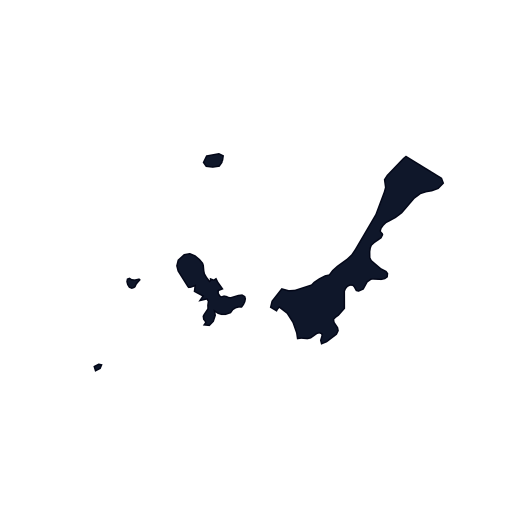 SVG path tracing the border of Livorno, rotated 56°
{"feature_id": "ITA-5380", "entity_name": "Livorno", "entity_type": "Province", "adm_level": 1, "iso_a3": "ITA", "parent_name": "Italy", "parent_adm1": "", "projection": "albers", "projection_center": [10.397, 42.98], "detail": "fine", "context": "isolated", "style": "filled", "palette": "ink", "viewbox_px": 512, "rotation_deg": 56, "n_neighbors": 0, "source": "natural_earth", "source_scale": "10m", "svg_char_len": 2457}
<svg xmlns="http://www.w3.org/2000/svg" viewBox="0 0 512 512"><g transform="rotate(56 256 256)"><path d="M347.7,267.7L342.5,265.2L331.8,262.4L320.9,262.1L311.2,265.3L312.2,268.4L312.9,269.6L306.7,272.5L302.5,267.9L297.7,253.0L303.2,248.3L306.4,242.8L311.2,226.1L310.4,222.5L310.4,216.2L311.2,209.7L312.8,205.8L311.0,200.6L310.1,194.3L309.7,182.0L308.7,175.9L306.2,169.8L288.7,133.3L274.8,113.8L271.7,110.2L264.6,106.7L262.6,102.0L257.7,79.2L257.4,76.0L295.3,58.8L300.3,60.0L301.8,67.2L300.2,73.7L297.8,79.0L296.1,84.8L296.5,92.7L301.6,111.1L302.0,118.9L300.9,129.7L301.6,133.5L302.9,136.9L304.7,139.0L305.8,139.3L308.1,138.9L309.1,139.2L310.8,142.2L310.9,150.5L311.5,154.4L313.2,156.8L315.9,159.3L321.1,162.7L324.3,163.1L336.2,159.8L341.5,156.9L344.1,156.8L346.6,158.9L346.7,161.9L345.4,165.2L340.2,172.2L339.5,173.7L339.6,178.4L343.3,185.6L342.4,190.6L340.7,192.1L336.3,191.7L334.3,192.1L332.6,194.4L332.2,197.3L333.0,200.1L334.5,202.4L348.8,212.0L350.2,217.3L351.1,220.8L351.2,224.3L351.8,227.2L354.7,228.5L361.0,228.5L363.8,229.7L365.8,233.1L366.5,245.4L365.4,250.7L362.1,249.5L358.9,245.6L357.1,244.9L355.0,246.5L354.2,248.8L354.4,256.5L353.2,259.6L349.3,264.4L347.7,267.7ZM290.2,296.5L288.6,298.7L287.5,301.8L287.4,305.3L288.7,308.8L287.3,313.9L285.1,317.2L282.2,319.5L278.2,321.1L282.4,323.0L286.2,327.9L287.4,333.5L284.1,337.5L283.1,334.8L281.4,334.5L279.2,334.7L276.5,333.4L275.6,331.8L273.4,326.4L272.8,325.2L269.9,323.4L266.9,320.7L264.1,320.7L261.6,327.3L259.6,322.2L250.9,326.8L246.5,322.9L245.3,327.6L244.3,329.4L243.1,329.5L224.9,328.9L219.9,327.1L216.0,322.8L214.8,314.8L217.1,309.6L221.8,306.5L227.4,304.9L232.1,304.4L234.3,305.0L239.2,307.7L241.9,308.8L245.9,309.1L251.1,308.8L250.9,307.3L250.7,307.0L250.4,307.0L249.6,306.5L252.5,304.5L252.5,302.2L252.5,301.9L256.3,302.4L264.5,302.2L263.5,306.6L265.8,308.3L269.0,308.4L270.6,307.7L271.4,304.9L273.1,303.2L275.1,302.0L276.5,300.4L278.9,292.7L280.6,289.4L283.4,288.1L285.5,288.8L287.5,290.8L289.1,293.5L290.2,296.5ZM157.7,230.0L158.1,230.6L158.6,231.4L159.3,232.0L160.9,236.3L158.1,242.1L153.8,247.1L149.1,247.2L145.5,241.0L150.5,229.6L154.6,227.2L157.7,230.0ZM212.4,371.4L213.4,372.9L213.8,373.7L213.8,375.0L213.2,377.0L211.1,378.4L208.0,378.3L205.1,377.3L203.3,375.5L203.8,373.4L206.0,372.5L208.2,370.0L209.8,365.9L210.8,365.7L211.6,368.9L212.4,371.4ZM257.8,446.9L259.9,444.9L262.0,448.1L261.4,453.2L257.2,451.9L257.8,446.9Z" fill="#0f172a" stroke="#020617" stroke-width="1.5"/></g></svg>